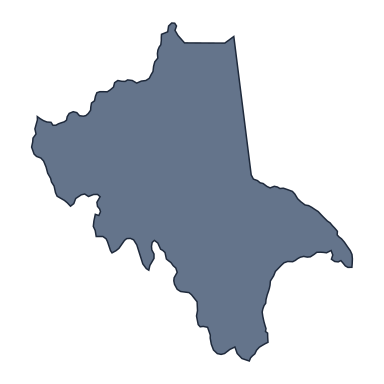 outline of Lajedão, Bahia, Brazil
{"feature_id": "56859067B25037428626616", "entity_name": "Lajedão", "entity_type": "district", "adm_level": 2, "iso_a3": "BRA", "parent_name": "Brazil", "parent_adm1": "Bahia", "projection": "robinson", "projection_center": [-40.309, -17.565], "detail": "fine", "context": "isolated", "style": "filled", "palette": "slate", "viewbox_px": 384, "rotation_deg": 0, "n_neighbors": 0, "source": "geoboundaries", "source_scale": "gbopen_adm2", "svg_char_len": 3053}
<svg xmlns="http://www.w3.org/2000/svg" viewBox="0 0 384 384"><path d="M233.8,36.5L224.8,43.1L184.5,42.9L178.0,35.5L175.0,30.4L176.5,26.0L174.7,23.2L171.7,23.0L168.6,26.0L167.7,31.8L164.3,33.2L161.5,34.3L161.3,37.3L161.3,40.6L160.8,44.8L159.2,47.0L157.9,50.1L157.4,53.7L157.8,58.1L154.8,61.8L153.6,66.2L153.0,71.5L151.2,74.5L149.3,78.3L145.9,80.5L141.3,81.1L136.7,83.1L132.3,80.5L127.6,79.9L125.2,81.4L121.7,81.3L117.8,80.5L114.6,82.7L113.5,87.1L110.2,89.9L107.3,91.8L103.8,91.7L99.8,91.7L96.9,92.7L95.5,96.1L94.5,100.8L91.5,103.0L90.8,107.1L90.6,110.2L88.3,113.5L85.9,115.6L83.3,116.2L79.5,115.7L76.8,112.6L73.2,111.7L69.2,113.4L67.2,116.7L66.5,120.2L64.3,121.8L61.2,122.8L58.4,123.8L56.0,125.2L53.0,125.3L51.0,122.3L46.9,122.0L43.4,120.6L40.2,118.7L37.3,116.6L37.4,119.9L34.9,128.9L36.0,134.0L33.0,138.1L32.7,142.0L31.6,147.1L34.1,154.1L36.5,156.4L40.8,158.0L43.6,161.0L46.1,167.1L47.7,173.2L50.6,178.3L51.5,182.0L54.1,186.1L55.5,192.6L57.1,196.2L64.4,200.4L67.3,202.8L70.5,206.2L73.8,203.6L75.7,198.5L81.3,194.8L84.7,194.0L88.5,196.5L93.5,194.5L97.5,194.4L100.1,196.7L96.9,202.3L97.5,206.4L99.6,208.9L100.5,211.7L98.8,215.5L95.3,214.3L93.9,221.1L93.3,226.4L95.2,230.5L96.2,236.5L102.9,236.5L106.1,238.8L107.4,241.4L109.1,246.4L110.5,250.6L112.0,252.9L116.0,250.7L118.9,248.4L124.5,240.4L126.7,238.6L130.4,238.4L133.6,239.8L136.8,244.9L142.8,263.9L146.3,268.6L148.8,270.2L149.9,265.4L154.0,258.4L154.0,254.0L151.8,249.9L151.5,246.3L152.2,242.4L154.4,240.4L157.8,243.0L160.6,249.2L162.9,250.5L165.0,252.5L166.4,259.0L168.7,260.9L170.9,262.5L173.2,265.7L175.8,268.0L177.2,272.3L174.1,277.8L173.8,280.8L174.5,284.3L177.2,289.3L180.6,291.5L189.0,292.6L191.5,294.7L197.1,301.8L197.5,310.7L196.5,316.0L198.2,324.6L200.2,326.8L203.2,326.4L207.6,327.3L210.3,335.1L210.2,338.1L211.3,344.2L213.5,350.0L217.3,353.6L221.1,354.4L224.6,353.5L229.9,349.4L234.9,347.0L237.2,353.5L241.9,358.5L249.3,361.0L250.6,357.8L252.5,355.8L254.8,353.9L256.5,350.3L259.3,347.2L261.9,345.6L265.0,343.8L268.0,342.3L267.7,337.3L267.6,333.1L265.5,331.5L266.0,328.6L265.0,325.4L263.9,321.5L262.8,316.4L262.2,312.1L262.8,309.0L264.1,305.5L265.7,303.3L266.0,299.7L267.2,294.9L268.5,291.2L269.4,288.2L270.0,285.3L270.4,281.0L273.6,275.9L275.4,271.4L278.9,267.8L281.4,265.2L284.0,262.8L287.6,261.5L292.7,261.7L295.3,260.4L297.7,258.6L300.3,257.2L303.7,256.4L307.3,257.1L310.4,256.8L314.1,254.4L316.8,252.3L320.4,252.2L323.5,252.4L326.5,252.8L331.1,250.5L332.8,255.0L331.4,259.2L334.7,261.5L338.2,261.9L340.9,260.6L343.3,263.4L345.3,265.9L347.9,267.4L351.9,267.3L352.2,263.6L352.4,258.9L352.0,254.5L350.3,250.7L347.6,246.9L344.4,242.2L341.5,238.8L339.1,237.0L337.2,234.9L337.4,231.3L334.8,228.2L332.2,225.5L330.1,222.9L327.3,221.0L325.3,219.0L323.2,216.9L320.9,214.5L318.2,211.6L314.8,209.4L311.7,207.3L308.6,205.6L305.1,205.0L301.0,201.9L297.6,198.7L294.8,194.0L292.4,191.4L287.8,189.7L283.4,188.2L279.9,188.5L277.4,187.0L274.3,186.3L270.1,187.9L266.9,186.4L263.1,183.5L260.1,182.8L257.5,180.6L253.4,179.1L251.2,174.9L233.8,36.5Z" fill="#64748b" stroke="#1e293b" stroke-width="1.5"/></svg>